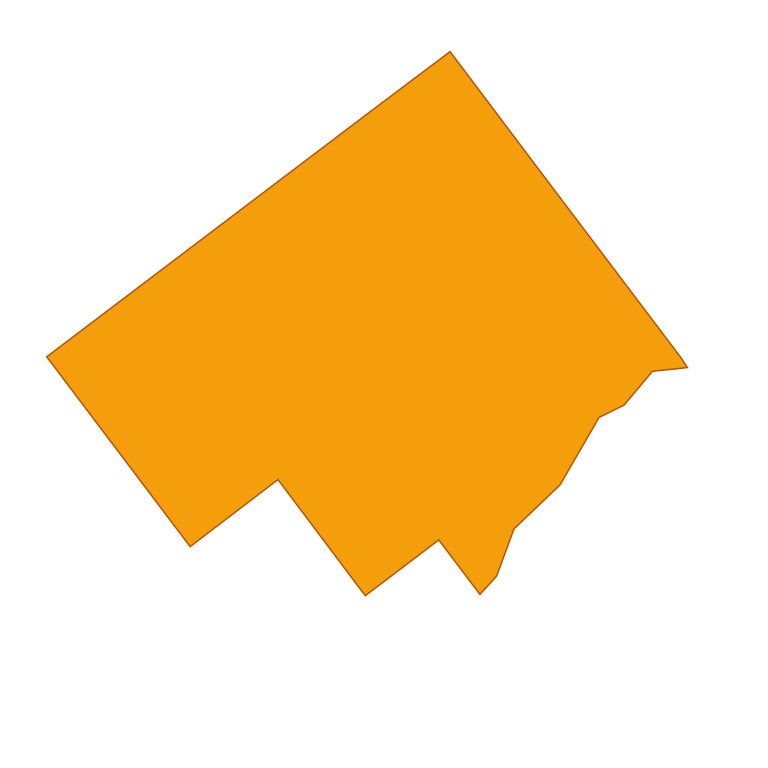 Platte, Nebraska, United States of America (Natural Earth projection), rotated 323°
{"feature_id": "52423323B76377234724165", "entity_name": "Platte", "entity_type": "district", "adm_level": 2, "iso_a3": "USA", "parent_name": "United States of America", "parent_adm1": "Nebraska", "projection": "natural_earth1", "projection_center": [-97.501, 41.538], "detail": "fine", "context": "isolated", "style": "filled", "palette": "amber", "viewbox_px": 768, "rotation_deg": 323, "n_neighbors": 0, "source": "geoboundaries", "source_scale": "gbopen_adm2", "svg_char_len": 387}
<svg xmlns="http://www.w3.org/2000/svg" viewBox="0 0 768 768"><g transform="rotate(323 384 384)"><path d="M131.3,397.2L241.8,396.5L241.6,541.8L333.9,541.5L334.0,609.8L358.3,605.2L400.5,578.0L463.9,570.5L535.7,540.1L563.1,545.3L606.1,535.4L636.2,553.5L637.0,541.4L636.7,301.9L636.8,158.3L535.6,158.2L131.0,159.3L131.3,397.2Z" fill="#f59e0b" stroke="#b45309" stroke-width="1.5"/></g></svg>